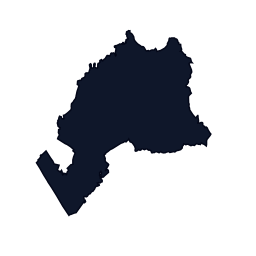 Phong Dien, Thừa Thiên - Huế, Vietnam (Equal Earth projection), rotated 192°
{"feature_id": "81297802B35670860897871", "entity_name": "Phong Dien", "entity_type": "district", "adm_level": 2, "iso_a3": "VNM", "parent_name": "Vietnam", "parent_adm1": "Thừa Thiên - Huế", "projection": "equal_earth", "projection_center": [107.309, 16.544], "detail": "fine", "context": "isolated", "style": "filled", "palette": "ink", "viewbox_px": 256, "rotation_deg": 192, "n_neighbors": 0, "source": "geoboundaries", "source_scale": "gbopen_adm2", "svg_char_len": 5891}
<svg xmlns="http://www.w3.org/2000/svg" viewBox="0 0 256 256"><g transform="rotate(192 128 128)"><path d="M146.4,223.5L146.9,223.3L147.8,223.3L148.0,222.7L149.2,222.0L149.4,221.4L149.1,220.4L149.4,219.7L149.3,219.3L148.5,219.2L148.3,218.7L148.4,218.1L148.1,217.4L147.1,216.1L146.3,215.6L146.3,215.2L146.5,215.2L147.3,215.0L147.4,214.1L148.2,213.9L148.1,213.1L148.5,211.7L148.3,211.3L147.6,211.1L147.7,210.6L148.7,210.2L148.7,209.6L149.1,209.1L149.5,209.0L150.0,209.4L150.1,210.4L150.5,210.6L150.8,210.5L150.9,209.9L150.8,209.4L151.0,208.7L152.1,209.0L152.7,208.3L153.7,208.4L154.6,207.4L155.3,207.1L155.6,206.6L157.4,205.9L158.2,205.3L158.2,204.7L157.8,204.1L157.5,204.1L157.1,204.5L156.5,204.4L156.1,202.0L156.1,198.6L155.7,197.8L154.9,197.6L154.8,197.4L154.9,196.3L155.2,196.0L155.9,197.0L157.1,198.1L158.1,198.4L158.9,197.6L159.7,197.9L160.1,197.6L160.3,197.2L160.5,195.2L160.8,194.6L161.2,194.5L161.7,194.8L163.4,194.6L163.6,194.4L164.8,191.0L165.5,190.4L166.7,188.4L167.7,188.6L167.8,189.2L168.2,189.4L169.5,188.2L169.2,186.5L169.8,185.2L170.5,185.1L170.8,184.3L170.3,181.4L170.4,180.4L170.7,180.2L172.1,180.1L173.5,181.1L173.3,182.3L173.4,183.8L173.9,184.4L174.4,184.2L174.7,183.3L174.6,182.2L174.2,181.4L174.6,179.8L175.2,179.0L175.9,179.0L176.6,179.6L177.0,181.9L177.4,182.7L178.1,183.0L178.8,182.0L178.6,181.1L177.6,179.0L177.5,178.3L177.8,174.1L178.3,173.6L180.2,173.2L180.8,172.8L181.2,172.1L180.6,169.6L181.1,168.6L181.6,168.1L183.2,167.0L183.4,166.7L183.5,165.6L184.0,164.8L184.9,164.7L186.7,163.7L187.0,163.5L187.0,163.1L186.6,160.0L184.8,159.4L184.7,159.1L185.4,153.4L185.4,148.5L185.3,147.9L185.5,145.7L186.6,143.5L186.7,142.9L187.3,141.5L188.1,140.4L188.3,139.7L187.9,136.9L187.5,136.0L187.5,134.4L187.7,133.7L190.3,130.1L192.2,127.9L193.1,127.2L193.7,127.0L192.6,124.0L192.7,123.5L193.5,123.6L194.3,123.1L194.9,123.6L195.5,125.0L197.4,125.3L197.7,123.7L197.6,122.0L198.2,120.7L197.8,119.6L198.1,119.0L198.1,118.2L198.0,117.8L197.4,117.4L197.6,117.1L196.7,115.1L196.2,115.0L195.3,114.3L194.4,114.2L194.4,113.8L194.3,112.9L195.5,112.1L195.1,109.0L193.6,106.9L194.4,104.5L194.6,102.8L186.0,99.6L184.3,99.3L180.4,97.8L176.5,95.6L177.1,94.2L174.5,92.7L175.2,88.3L175.3,85.4L174.4,81.0L176.2,80.2L179.0,75.9L177.8,75.0L177.4,74.4L177.6,73.7L178.3,72.3L178.4,69.7L178.7,69.5L179.2,70.2L179.6,70.4L181.7,70.3L181.3,69.1L182.2,68.6L182.8,69.7L183.4,71.5L184.2,72.7L185.0,70.8L185.7,71.5L186.0,71.2L186.7,71.3L188.3,72.3L187.7,77.3L192.8,77.4L194.8,80.1L197.6,82.6L203.4,88.5L207.2,82.9L207.6,83.4L207.9,82.9L207.3,82.3L207.8,81.1L207.5,80.8L209.4,78.0L208.8,77.4L210.3,75.0L205.9,70.5L200.5,64.4L195.7,59.4L195.1,58.6L190.3,53.9L183.7,47.0L175.5,38.0L167.6,30.3L167.1,31.2L166.1,31.5L162.8,33.7L161.2,34.4L156.1,46.2L155.9,46.5L155.4,46.0L154.9,47.0L154.6,46.5L154.2,47.1L155.0,48.5L155.5,48.3L156.5,49.4L156.4,50.0L156.8,50.4L156.8,51.8L155.9,52.1L154.5,52.0L153.6,52.8L152.8,55.0L151.4,55.8L150.6,57.7L150.1,58.3L148.9,59.2L148.5,60.5L148.0,61.4L147.7,63.3L146.7,64.6L145.7,64.8L144.2,66.0L144.5,66.7L145.2,66.8L145.6,66.5L146.6,67.8L145.6,68.4L144.0,68.4L142.8,69.7L142.2,69.9L142.2,71.0L143.3,72.5L144.1,72.4L144.6,72.9L144.6,73.5L146.0,75.8L146.1,77.1L146.5,78.4L146.0,78.9L146.0,79.3L145.6,79.9L145.4,79.5L144.9,79.4L144.6,78.5L144.6,76.6L143.8,74.4L143.5,74.2L143.2,74.5L141.9,74.9L141.0,76.4L137.9,80.5L138.4,82.3L138.9,82.8L139.3,83.0L140.0,82.9L141.3,81.1L141.0,82.7L139.4,87.4L139.3,88.1L140.0,88.8L142.9,90.3L143.7,91.6L144.0,93.6L145.9,96.5L144.6,98.1L144.9,98.6L142.7,100.9L141.0,103.1L138.9,104.7L131.8,111.6L129.7,112.9L128.3,114.3L127.1,114.0L126.9,114.1L126.5,115.0L125.0,116.7L124.9,117.2L124.4,116.5L123.9,116.2L123.2,115.0L120.8,114.5L117.9,111.8L116.5,109.6L116.5,108.1L116.3,107.2L115.5,106.9L113.9,108.0L113.2,109.1L111.6,108.7L110.7,109.3L110.5,110.2L110.3,110.4L109.3,110.6L107.4,110.2L106.0,111.3L105.3,111.5L103.4,110.6L102.9,111.2L102.3,110.8L101.2,110.7L100.3,109.8L99.8,108.8L99.3,108.7L98.1,109.3L97.2,109.4L96.5,110.2L95.0,110.8L92.5,110.3L91.9,110.7L91.0,111.9L90.6,111.8L89.7,111.1L88.0,111.1L86.4,111.6L85.3,112.5L83.1,113.5L82.0,112.8L78.4,114.4L77.2,114.3L75.7,116.0L74.1,116.6L72.0,117.8L70.8,119.8L71.2,121.0L70.4,122.6L70.2,124.1L67.9,123.7L67.1,124.3L65.9,124.6L62.8,123.8L61.2,124.8L59.5,124.7L57.6,127.1L55.9,126.7L55.1,126.8L54.6,127.0L53.8,126.9L53.4,128.2L52.9,128.8L52.0,128.2L49.9,127.8L47.7,126.7L47.7,128.0L48.5,131.8L48.4,133.2L46.2,137.7L45.7,139.3L47.1,140.4L49.4,142.9L50.6,144.6L51.8,145.2L52.5,144.5L53.0,144.4L53.5,145.5L55.0,145.8L55.6,146.8L55.9,148.2L56.2,148.6L56.8,148.8L57.9,148.5L59.1,147.6L59.4,147.7L60.6,147.3L60.8,147.9L60.4,149.1L60.6,150.0L61.7,152.8L62.1,154.5L62.3,154.7L62.8,154.1L63.6,152.1L64.0,152.0L64.8,152.5L67.6,154.7L71.4,158.5L72.0,160.3L72.5,161.2L72.9,161.5L73.2,164.1L74.0,165.3L75.4,171.1L75.2,172.4L73.3,175.2L74.4,176.4L75.8,179.4L76.4,180.0L78.1,180.6L79.5,180.4L80.0,181.5L79.9,182.3L79.1,183.3L78.5,185.1L78.6,186.2L79.2,187.2L79.0,188.2L78.5,189.0L77.9,189.7L77.4,190.9L77.5,191.4L78.0,192.7L78.1,193.3L77.3,196.0L78.1,198.1L81.4,203.0L81.6,203.5L81.6,204.0L80.5,205.0L78.8,205.2L79.8,206.0L81.1,208.6L81.6,209.1L84.5,209.4L86.2,209.9L86.9,210.6L87.0,211.4L87.2,211.7L88.5,211.9L91.0,213.8L91.8,214.2L92.6,214.1L91.8,215.5L92.1,216.5L93.1,218.1L93.9,220.7L95.4,220.6L96.0,221.0L96.1,222.0L97.2,222.6L97.7,223.9L98.3,224.6L99.0,225.1L100.4,225.0L100.8,225.5L101.6,225.7L103.1,225.2L103.7,225.3L104.9,224.5L105.8,224.6L106.1,224.4L106.3,223.6L106.1,222.0L106.7,219.7L107.0,218.9L106.7,218.1L106.9,216.7L108.7,213.7L112.2,210.6L115.6,208.9L116.8,210.8L117.6,211.5L118.7,209.7L119.2,209.5L119.9,209.5L121.0,209.2L123.4,207.5L124.3,208.0L125.7,207.2L126.7,207.5L128.9,210.0L129.8,210.6L130.6,210.7L131.5,210.1L132.4,210.8L136.2,212.3L139.0,214.3L140.4,215.8L141.4,218.4L143.1,220.3L144.3,221.2L145.5,221.3L146.0,221.9L146.4,223.5Z" fill="#0f172a" stroke="#020617" stroke-width="1.5"/></g></svg>